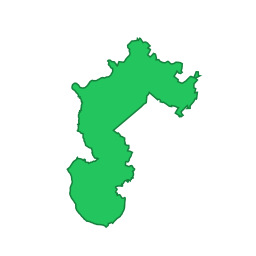 outline of Guaranda, Sucre, Colombia, rotated 144°
{"feature_id": "7082276B46316322938304", "entity_name": "Guaranda", "entity_type": "district", "adm_level": 2, "iso_a3": "COL", "parent_name": "Colombia", "parent_adm1": "Sucre", "projection": "albers", "projection_center": [-74.667, 8.394], "detail": "fine", "context": "isolated", "style": "filled", "palette": "green", "viewbox_px": 256, "rotation_deg": 144, "n_neighbors": 0, "source": "geoboundaries", "source_scale": "gbopen_adm2", "svg_char_len": 5902}
<svg xmlns="http://www.w3.org/2000/svg" viewBox="0 0 256 256"><g transform="rotate(144 128 128)"><path d="M196.4,59.9L194.5,60.5L190.1,61.2L186.3,61.1L185.2,61.6L183.5,62.0L181.9,63.0L180.3,63.7L178.6,64.8L177.2,66.1L177.0,66.9L176.5,67.0L174.3,69.8L172.1,72.1L171.4,73.5L171.6,73.7L172.8,73.8L173.8,74.5L174.1,75.2L173.8,78.4L174.1,79.0L174.8,79.4L176.3,79.8L176.1,80.5L175.2,81.2L175.1,81.8L175.7,82.3L175.7,84.1L175.7,83.8L175.2,83.7L174.6,84.1L172.9,84.7L172.8,85.1L173.1,86.7L172.9,87.4L172.7,87.6L171.9,87.5L169.9,86.9L167.4,84.9L166.5,85.9L165.9,86.2L165.8,85.9L167.0,84.5L166.6,84.3L166.4,84.4L166.5,84.7L166.3,85.1L165.6,85.8L164.4,86.0L162.0,87.1L161.0,87.0L160.3,86.1L159.8,86.2L160.0,85.7L159.2,85.7L159.9,84.5L159.6,84.4L159.6,84.7L158.7,84.9L158.9,85.2L158.8,85.7L158.9,85.9L158.9,86.4L158.0,85.8L157.3,83.9L156.6,84.5L155.5,84.5L154.5,85.6L154.3,85.6L153.6,84.6L153.2,84.6L152.7,85.9L151.3,86.7L150.6,87.6L149.8,89.2L149.7,90.3L148.3,90.1L146.8,90.9L147.3,93.3L146.9,94.4L147.1,95.4L148.4,96.1L149.2,95.8L149.6,96.0L150.7,97.2L151.2,98.3L151.8,98.8L152.0,99.3L149.9,101.9L149.0,101.8L148.1,100.6L147.4,100.7L146.1,101.2L144.7,102.5L142.3,103.4L139.9,105.2L138.8,105.7L139.9,107.8L141.7,109.8L140.1,111.0L139.2,111.1L137.6,113.4L138.5,114.2L139.2,114.6L139.8,116.3L139.8,117.2L139.2,117.2L138.3,119.8L137.2,120.9L137.0,121.7L136.7,121.8L138.1,124.9L139.1,125.6L138.6,126.6L138.6,128.2L138.9,129.9L139.9,129.9L141.2,134.7L104.8,137.4L101.2,138.0L98.3,137.8L93.9,142.9L91.7,143.2L89.9,144.3L87.4,133.4L86.7,133.6L86.4,133.4L85.6,132.1L85.6,130.9L86.5,130.3L84.9,128.3L84.4,128.3L83.8,127.2L83.0,125.2L81.8,121.3L80.1,119.7L79.5,120.5L79.2,120.2L77.0,117.7L75.6,115.0L75.3,114.8L81.0,112.3L79.3,108.0L79.9,107.4L79.7,106.8L78.8,107.1L78.5,105.9L75.9,105.9L76.1,107.0L76.1,108.4L75.4,109.9L66.9,111.3L67.3,109.5L68.8,109.1L66.2,107.4L65.0,109.0L64.3,109.6L59.5,110.7L56.2,112.3L55.7,111.2L55.3,111.4L50.9,116.1L51.9,116.7L52.1,116.7L53.4,117.3L50.1,120.0L51.1,121.8L48.7,124.9L43.6,126.0L44.1,128.7L43.2,128.9L41.9,128.3L39.2,128.0L40.2,128.9L38.2,132.1L39.8,133.4L45.1,130.0L45.3,130.7L45.8,131.1L46.2,132.1L46.9,132.8L47.5,133.0L53.7,132.0L57.9,132.3L60.4,136.2L59.0,137.6L60.4,142.7L58.3,143.6L57.0,144.0L55.0,145.2L54.7,142.7L53.4,141.2L51.4,141.2L51.5,142.9L49.1,144.8L46.3,148.1L47.4,150.3L49.8,152.5L51.0,153.2L52.3,153.1L53.2,153.3L54.6,153.9L55.5,154.5L55.9,155.9L56.2,157.9L56.6,158.5L57.2,158.7L58.7,158.7L59.8,159.1L61.8,160.8L61.9,161.1L61.7,161.1L62.3,162.0L63.0,163.6L62.9,165.2L65.2,166.6L64.8,167.2L64.1,167.5L62.4,171.6L63.6,173.4L64.3,173.0L68.3,172.4L69.1,175.6L65.7,177.1L63.7,178.4L65.0,181.1L64.1,181.3L62.2,181.3L61.8,181.7L62.1,182.3L62.3,185.3L62.9,186.6L63.6,187.5L64.9,188.0L65.6,188.1L65.4,193.0L65.7,193.7L67.9,192.9L67.9,194.7L69.1,193.5L72.5,195.2L73.7,196.1L77.4,195.4L79.5,195.2L79.8,195.0L80.8,193.2L80.8,192.5L80.4,190.9L80.7,190.8L80.8,190.2L81.7,189.7L82.3,187.4L83.3,186.3L85.2,185.7L86.5,185.6L89.4,184.9L90.9,184.1L92.9,183.7L96.4,187.0L100.5,184.2L100.2,184.7L100.3,185.7L100.0,187.1L100.3,188.0L100.1,188.9L100.2,189.5L102.3,191.5L102.4,193.0L103.1,193.8L103.5,194.1L104.7,194.3L105.0,194.1L104.8,193.4L105.0,192.1L105.5,191.5L105.9,191.4L106.5,190.8L106.4,189.2L106.1,188.6L106.5,187.0L105.9,185.7L105.5,185.3L106.1,184.5L106.2,184.0L107.5,182.4L109.8,181.5L110.6,180.9L113.0,180.7L114.5,181.2L115.4,181.9L117.4,182.2L117.9,182.6L118.8,183.7L119.5,184.0L121.1,184.4L122.8,184.4L123.6,184.8L124.9,184.7L126.1,185.1L127.6,186.2L128.3,186.5L128.5,187.1L128.8,187.2L129.0,187.6L129.9,187.8L131.8,187.7L132.4,187.4L132.9,187.3L133.1,186.9L134.5,186.8L135.4,186.2L139.2,185.9L140.9,186.8L141.8,187.5L143.0,189.2L142.8,192.0L143.3,193.0L143.3,194.0L144.1,195.1L145.2,195.7L147.5,195.5L149.1,194.2L149.8,193.1L149.9,192.2L149.7,191.3L149.2,190.1L148.9,188.4L149.1,187.0L148.7,185.7L148.6,184.3L149.2,183.0L149.7,182.9L149.8,182.6L149.3,181.9L148.7,181.5L149.1,181.3L149.5,180.7L149.1,180.4L149.0,180.1L149.0,179.4L149.3,178.4L149.6,177.8L149.6,177.1L150.0,176.9L149.9,176.5L150.2,176.4L150.1,176.1L150.3,175.7L150.1,175.2L151.5,174.4L152.9,173.2L153.5,172.0L154.4,171.7L154.4,171.3L154.9,170.8L155.3,169.9L155.8,170.2L156.2,169.9L156.3,170.2L156.8,170.4L157.1,169.8L157.6,169.7L157.7,169.1L158.4,169.2L158.4,168.9L158.9,168.7L159.7,167.8L160.2,167.8L161.6,165.9L161.8,164.5L162.5,164.1L162.9,163.5L163.4,163.2L163.5,162.8L164.6,161.4L164.8,161.0L164.7,160.5L165.1,159.8L165.5,159.7L165.9,160.4L166.6,160.4L166.6,159.1L167.4,158.4L168.0,157.1L168.9,156.5L169.5,155.7L170.2,155.8L170.6,155.5L170.6,155.2L169.9,154.5L169.1,152.9L169.0,151.2L168.2,150.5L167.7,149.5L168.3,149.0L168.5,148.6L170.0,146.7L170.1,146.0L170.0,145.0L171.1,143.5L171.2,142.4L171.1,141.8L171.5,141.4L171.7,140.1L172.3,139.4L172.4,138.7L170.9,134.8L169.4,133.0L170.0,132.2L170.0,131.3L170.6,130.3L171.1,129.1L171.6,129.2L171.8,128.9L171.8,128.2L172.4,126.7L172.3,124.9L172.6,124.0L172.4,123.0L170.7,121.7L170.3,120.6L171.5,120.8L172.5,120.5L174.2,120.4L175.4,121.4L177.4,121.6L178.2,122.2L179.9,122.3L180.6,122.5L180.3,123.4L182.4,125.4L182.5,125.7L182.4,126.0L181.5,127.0L181.3,127.3L181.4,127.8L181.7,128.4L182.0,128.5L182.6,127.9L183.0,128.0L183.5,128.8L183.7,129.9L184.9,131.4L186.5,132.8L186.6,133.2L186.3,133.8L187.1,133.7L187.9,132.8L191.8,132.9L192.3,132.5L192.7,132.6L198.1,130.5L201.3,130.3L201.2,129.3L201.4,129.3L201.7,127.6L201.5,125.4L201.6,124.4L202.3,121.8L203.8,119.3L204.5,117.6L205.2,116.6L209.5,113.9L210.2,113.1L211.5,111.2L213.5,109.3L214.1,108.0L214.9,104.5L214.8,100.4L215.0,99.3L215.0,97.1L217.3,93.8L217.3,92.9L217.7,92.3L217.8,91.3L217.7,87.6L217.3,85.9L217.4,84.0L216.7,80.5L217.0,80.4L216.1,77.5L216.2,77.1L213.8,74.5L213.4,73.4L212.3,72.1L211.6,70.6L210.2,68.9L210.0,68.4L206.1,65.2L206.0,64.8L205.1,64.1L204.0,61.8L204.0,60.7L201.4,60.9L199.9,62.3L198.9,61.6L197.1,61.6L196.9,61.3L196.4,59.9Z" fill="#22c55e" stroke="#15803d" stroke-width="1.5"/></g></svg>